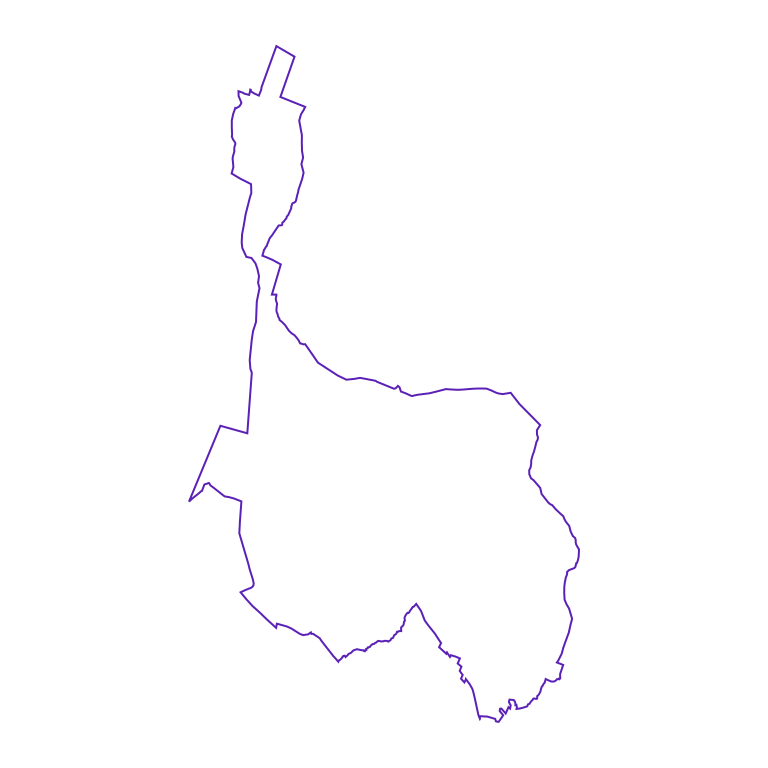 Huitziltepec, Puebla, Mexico
{"feature_id": "50627088B75605731970498", "entity_name": "Huitziltepec", "entity_type": "district", "adm_level": 2, "iso_a3": "MEX", "parent_name": "Mexico", "parent_adm1": "Puebla", "projection": "equal_earth", "projection_center": [-97.866, 18.784], "detail": "fine", "context": "isolated", "style": "outline", "palette": "violet", "viewbox_px": 768, "rotation_deg": 0, "n_neighbors": 0, "source": "geoboundaries", "source_scale": "gbopen_adm2", "svg_char_len": 6098}
<svg xmlns="http://www.w3.org/2000/svg" viewBox="0 0 768 768"><path d="M479.9,718.8L480.0,718.6L479.8,717.6L480.0,716.2L487.4,716.6L495.2,718.9L495.9,721.3L498.2,721.9L498.8,721.7L503.2,715.3L499.7,711.0L500.1,708.7L501.4,708.6L505.7,713.5L508.5,707.2L510.1,708.6L510.7,705.3L509.0,702.3L509.0,701.4L509.5,699.6L513.7,700.0L515.0,701.8L515.5,704.0L515.4,705.1L516.4,704.9L516.9,707.3L516.5,708.9L520.0,708.5L524.3,707.3L527.1,706.4L527.5,705.8L527.9,704.4L529.6,703.7L529.8,703.2L531.2,701.3L532.3,700.2L532.8,699.6L533.1,698.9L533.6,698.6L534.1,698.5L534.6,698.5L536.1,698.9L536.7,698.9L536.9,698.8L537.1,698.3L537.2,697.5L537.2,696.1L538.0,695.5L538.6,694.8L539.1,694.1L540.2,692.0L540.5,691.2L540.9,689.4L541.1,688.4L541.5,687.7L541.7,686.8L542.0,686.3L542.8,685.6L543.8,683.5L544.4,683.1L544.8,682.3L545.7,679.0L548.3,680.3L551.3,681.5L553.1,681.6L553.9,681.5L555.3,680.9L556.0,680.4L556.5,679.8L556.9,679.2L558.2,679.2L558.7,678.7L559.4,679.2L560.2,678.4L560.1,674.1L563.2,664.9L556.9,662.5L558.4,660.3L561.7,653.7L563.2,648.1L565.0,642.9L568.8,632.6L570.4,625.3L572.1,618.8L569.1,608.6L566.5,604.2L564.6,599.7L564.2,592.6L564.3,587.1L564.7,583.3L565.8,577.5L566.8,575.1L567.1,573.6L567.1,572.4L567.2,571.7L567.8,571.4L568.7,570.3L570.2,569.6L572.3,568.9L574.3,568.1L575.4,566.9L576.2,563.3L576.8,563.2L577.1,562.6L578.1,559.5L578.7,556.3L579.0,549.4L577.2,546.4L576.1,544.3L575.7,542.4L575.7,539.9L575.1,538.0L572.8,536.0L570.7,531.6L569.2,525.9L566.0,521.9L564.5,519.3L563.3,516.2L560.6,513.9L555.9,509.4L554.7,508.1L552.2,505.1L550.5,504.4L548.5,502.8L541.6,494.0L540.2,487.9L533.5,480.1L531.0,478.3L529.3,474.2L529.2,470.3L530.7,467.0L531.2,463.7L531.2,460.6L532.4,455.9L534.0,451.5L535.6,445.5L536.4,442.0L537.6,439.8L538.0,437.5L537.0,434.4L536.9,430.2L540.2,425.1L519.4,404.0L510.7,392.8L502.7,394.1L498.6,393.5L496.1,392.7L491.2,390.4L486.5,388.6L479.4,388.5L473.7,388.7L468.3,389.1L462.6,389.6L457.3,389.8L449.7,389.4L445.9,389.1L435.5,391.8L429.3,393.3L417.4,394.8L414.6,395.4L412.5,396.0L410.8,395.7L406.1,393.5L400.9,391.5L399.5,387.2L397.9,385.9L396.0,388.0L394.9,388.6L394.0,388.7L392.7,388.2L377.2,381.9L375.6,380.8L362.5,378.3L360.1,377.9L358.8,378.1L354.2,378.9L346.4,379.7L337.7,375.5L318.0,362.7L305.2,344.2L303.5,344.4L301.7,343.7L300.1,343.4L298.9,340.8L296.9,338.0L294.5,335.2L291.7,333.4L288.9,330.7L285.0,325.0L281.8,321.8L279.6,320.0L279.2,318.2L278.2,316.8L277.4,313.5L276.9,312.7L276.4,310.6L276.6,307.6L277.1,303.8L276.0,300.5L275.8,299.2L275.9,297.5L276.2,296.6L276.4,295.4L276.4,294.6L271.9,294.6L280.8,264.4L272.5,259.9L266.1,257.1L262.4,255.7L263.9,250.5L263.9,250.0L264.9,248.7L265.7,247.1L266.2,246.5L266.7,246.1L266.9,245.6L267.1,244.8L269.6,238.5L270.0,237.8L271.7,235.8L278.5,225.7L279.0,225.4L280.1,225.4L281.5,225.3L282.0,225.0L282.2,224.5L282.3,222.9L282.7,222.3L283.6,221.8L284.5,220.5L286.5,218.1L286.6,217.4L286.7,216.7L288.1,215.2L291.2,208.4L291.3,206.5L292.3,203.6L293.1,202.9L294.2,202.6L295.3,201.9L295.9,200.9L297.1,195.6L298.1,192.1L298.5,189.7L302.2,178.8L303.6,172.7L301.4,164.2L303.1,157.6L301.9,150.1L302.0,149.7L301.8,142.7L301.9,135.2L300.6,128.4L300.6,128.1L299.2,120.6L301.0,114.3L304.1,109.3L304.1,109.0L305.2,106.9L280.4,97.0L294.5,56.7L276.4,46.1L261.5,87.3L261.2,89.7L258.9,95.6L254.3,93.5L250.9,91.4L250.8,89.8L250.3,89.6L249.9,92.1L249.1,94.9L245.3,93.9L244.0,93.5L243.1,92.8L238.5,91.2L238.6,96.0L241.4,102.8L240.7,104.4L239.4,106.3L238.5,106.9L235.9,108.3L235.3,108.0L233.2,113.9L231.8,120.4L231.8,127.7L232.1,134.5L231.8,136.8L232.1,137.2L233.0,139.4L235.1,142.5L235.4,143.9L234.5,146.7L234.2,149.2L234.4,151.2L232.9,156.5L232.6,158.6L233.4,167.0L231.6,173.5L240.5,178.8L251.0,184.1L251.2,188.0L251.3,193.1L250.0,197.1L245.6,214.4L243.8,225.3L242.1,234.2L241.7,242.6L242.3,248.0L246.4,256.9L251.5,258.0L255.5,263.4L257.4,268.9L259.0,276.1L258.1,282.8L259.5,288.2L256.8,301.5L256.0,322.0L253.1,331.0L251.8,339.3L249.7,360.1L250.4,368.9L251.8,372.7L247.3,433.3L220.4,425.8L189.0,501.6L192.3,498.5L199.7,492.6L200.7,491.5L202.1,490.8L202.5,489.5L204.4,484.5L205.4,484.1L206.4,483.9L208.6,483.0L209.2,483.2L209.5,483.8L210.6,485.6L212.8,487.1L224.6,496.4L228.9,497.1L234.0,498.5L241.4,501.4L239.9,521.7L239.6,527.9L239.3,533.2L240.2,536.3L248.4,564.1L249.6,569.0L251.5,575.1L252.8,579.3L253.4,581.8L253.7,583.7L253.4,585.3L253.1,586.0L252.4,586.8L251.5,587.5L250.2,588.2L249.1,588.5L247.8,589.1L245.9,589.8L240.6,592.3L246.5,599.4L252.5,606.0L260.9,613.6L266.5,619.1L276.1,627.8L276.9,623.7L281.3,624.9L287.2,626.6L291.7,628.7L293.1,629.6L299.7,633.8L303.0,635.1L308.0,634.4L310.9,632.4L311.4,633.9L313.2,633.9L319.7,638.2L321.4,640.8L332.4,654.9L333.1,655.9L334.4,657.2L338.3,661.7L338.7,660.6L339.9,659.9L341.7,658.3L342.9,656.3L343.5,656.3L343.7,655.9L344.7,655.7L345.2,656.2L345.6,657.0L346.6,656.2L347.7,655.1L348.5,654.0L349.3,653.6L350.7,653.0L351.7,652.2L352.4,651.3L353.9,650.2L357.0,649.2L360.1,649.9L362.4,650.3L363.7,650.3L364.2,651.2L364.9,651.2L365.0,650.4L366.3,650.1L366.2,648.8L367.7,648.2L368.0,647.3L369.0,647.2L370.0,646.8L370.5,645.9L371.1,645.4L371.7,644.6L372.5,644.4L373.0,644.0L374.2,643.9L375.0,643.0L375.4,642.8L376.1,642.6L377.1,641.6L378.2,640.9L379.8,641.1L381.2,641.5L382.3,641.3L382.9,641.4L384.4,640.9L386.8,640.9L388.2,641.6L388.7,641.4L389.0,640.9L390.0,640.6L390.6,640.0L391.5,638.4L393.0,637.9L394.0,635.6L394.6,634.8L395.3,634.6L396.4,633.5L397.0,631.9L397.6,632.0L398.1,631.4L398.9,631.3L400.1,631.0L401.2,631.1L401.1,627.5L401.7,626.8L403.2,625.5L403.7,624.1L404.0,621.8L404.9,620.8L404.5,617.8L405.3,615.9L406.1,614.5L407.5,612.8L408.4,613.0L409.3,612.2L409.6,611.5L411.0,609.4L412.0,608.2L412.2,607.6L412.7,607.0L413.4,606.9L414.5,605.9L416.2,603.9L420.3,609.8L421.4,611.8L424.7,620.4L428.3,625.4L434.9,633.6L436.4,636.0L441.1,643.1L440.9,643.4L439.1,647.2L442.5,650.3L446.3,653.8L447.0,652.4L450.0,657.0L450.3,656.6L450.9,655.2L455.3,656.5L459.9,658.4L457.7,663.5L461.4,666.6L459.7,670.9L462.7,675.0L461.0,678.7L464.4,682.4L465.8,679.5L465.9,679.1L469.6,684.1L472.1,688.4L473.0,690.8L474.6,697.4L478.2,714.1L478.6,715.6L479.9,718.8Z" fill="none" stroke="#5b21b6" stroke-width="2"/></svg>